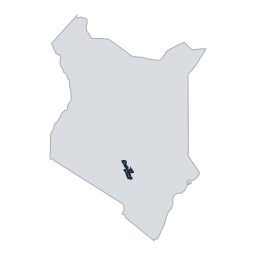 location of Kitui Rural, Eastern, Kenya
{"feature_id": "3690345B8782427737819", "entity_name": "Kitui Rural", "entity_type": "district", "adm_level": 2, "iso_a3": "KEN", "parent_name": "Kenya", "parent_adm1": "Eastern", "projection": "robinson", "projection_center": [37.883, -1.488], "detail": "fine", "context": "in_parent", "style": "filled", "palette": "slate", "viewbox_px": 256, "rotation_deg": 0, "n_neighbors": 0, "source": "geoboundaries", "source_scale": "gbopen_adm2", "svg_char_len": 5693}
<svg xmlns="http://www.w3.org/2000/svg" viewBox="0 0 256 256"><path d="M50.1,159.0L50.1,155.2L50.5,145.6L50.5,137.2L50.9,133.0L52.7,130.3L53.6,128.4L54.2,125.7L55.1,123.5L57.3,121.7L57.7,120.7L60.0,117.7L61.4,113.8L62.5,112.5L63.8,111.3L64.7,110.6L66.2,110.0L67.4,109.6L67.6,109.3L67.7,108.7L67.3,106.3L67.8,105.5L68.6,103.9L69.6,102.4L70.4,101.5L70.9,100.5L71.1,98.8L71.1,97.6L71.1,95.7L70.9,91.2L69.9,87.5L69.3,83.4L69.7,82.0L69.0,79.6L68.6,79.4L67.9,78.9L67.1,76.6L66.5,74.5L66.2,74.0L63.6,72.2L62.3,67.8L60.8,66.9L60.0,62.6L59.9,61.4L60.7,57.1L60.6,56.1L59.7,55.2L57.3,54.3L55.3,52.5L55.5,51.9L55.7,51.2L54.6,50.8L51.6,43.5L55.5,39.1L59.5,34.6L64.6,29.0L69.2,23.8L73.3,19.4L76.9,15.4L76.8,16.1L76.8,17.1L77.2,17.8L78.0,18.2L79.0,17.7L79.9,17.1L80.8,17.0L86.2,18.6L87.1,20.1L87.0,21.6L87.2,22.8L86.8,23.9L86.4,27.3L86.5,30.5L88.1,32.8L89.5,34.7L90.7,37.2L91.5,38.0L92.7,38.4L96.4,38.5L101.9,38.7L107.2,38.9L107.7,38.9L108.8,39.3L113.6,42.7L118.1,45.9L121.9,48.7L125.5,51.4L129.1,54.0L131.8,56.1L134.5,56.8L139.0,57.1L142.0,57.2L144.8,58.1L149.0,59.0L152.2,59.4L154.1,59.9L159.3,60.4L160.2,60.1L162.5,57.7L165.1,53.8L166.1,51.7L169.5,49.5L175.3,46.5L179.5,44.4L184.1,42.3L186.2,44.2L189.1,47.1L190.4,48.5L191.4,49.2L193.0,49.6L194.9,49.6L196.0,49.6L198.1,49.2L203.1,48.8L205.9,48.9L203.6,52.8L200.7,57.4L195.4,66.0L191.3,70.6L188.3,74.0L188.0,74.6L188.0,78.4L188.1,87.7L188.2,106.4L188.2,125.0L188.3,143.6L188.3,153.0L188.3,156.1L191.0,160.0L193.6,163.8L197.1,168.9L198.9,171.6L199.2,172.5L199.1,174.3L196.3,178.1L194.0,179.9L190.8,180.7L189.9,180.5L188.6,180.0L188.2,180.9L187.8,182.3L187.1,182.0L186.6,181.6L186.9,184.1L187.2,185.4L186.7,187.1L185.2,188.5L185.1,189.8L181.8,193.0L177.1,193.4L174.6,195.0L173.5,196.3L172.7,199.2L173.0,203.6L171.7,207.0L171.4,208.7L169.0,211.0L168.0,213.0L167.2,215.1L166.5,216.0L165.6,220.6L164.5,223.4L164.2,224.3L163.9,225.2L163.1,226.8L162.5,228.0L162.1,228.7L159.2,235.9L157.0,239.2L155.3,238.8L154.1,240.0L154.0,240.6L153.4,240.3L151.9,239.1L148.9,236.7L145.9,234.2L142.9,231.8L139.9,229.3L136.9,226.9L133.9,224.4L130.9,222.0L127.9,219.6L126.2,218.1L125.4,217.3L124.8,215.6L124.5,215.2L123.7,214.6L122.8,214.5L122.5,214.2L122.5,213.4L122.8,212.2L123.9,210.0L124.1,208.7L123.8,207.2L123.5,204.8L123.2,204.2L121.2,203.0L117.0,200.3L112.9,197.7L108.7,195.1L104.6,192.4L100.4,189.8L96.2,187.2L92.1,184.5L87.9,181.9L83.7,179.3L79.6,176.6L75.4,174.0L71.2,171.4L67.1,168.7L62.9,166.1L58.7,163.5L54.6,160.8L53.0,159.8L51.6,159.0L50.1,159.0ZM188.6,184.6L187.9,184.8L188.3,183.5L190.4,181.9L191.3,182.3L191.4,182.6L191.4,183.0L191.0,183.3L188.6,184.6Z" fill="#d9dde1" stroke="#a8b0b8" stroke-width="1"/><path d="M127.6,166.9L127.4,166.9L127.5,166.8L127.4,166.7L127.1,166.8L126.8,166.8L126.8,166.6L126.6,166.0L126.2,165.5L126.1,165.3L125.9,165.1L125.8,164.8L125.8,164.5L125.8,163.2L125.7,163.0L125.7,162.9L125.8,162.8L125.7,162.6L125.8,162.5L125.8,162.3L125.8,162.2L126.1,161.9L126.1,161.7L124.9,160.7L122.2,160.9L122.3,161.9L122.4,162.0L122.5,162.1L122.8,162.3L123.0,162.5L123.2,163.0L123.3,163.1L123.3,163.3L123.4,163.5L123.5,163.6L123.6,163.8L123.8,164.0L124.0,164.1L124.1,164.3L124.1,164.5L124.2,164.8L124.3,165.0L124.5,165.3L124.6,165.6L124.7,165.9L124.8,165.9L124.8,166.0L124.9,166.4L124.9,166.5L125.0,166.5L125.2,166.8L125.3,166.9L125.5,166.8L125.8,166.9L125.9,167.2L126.0,167.3L126.2,167.5L126.3,167.7L126.3,167.9L126.4,168.2L126.4,168.3L126.5,168.4L126.5,168.5L126.6,168.8L126.4,168.9L126.2,169.0L126.0,169.3L125.9,169.4L125.8,169.5L125.7,169.7L125.5,169.8L124.9,169.9L124.6,169.9L124.4,169.8L124.2,170.0L124.3,170.2L124.6,170.2L124.7,170.5L124.8,170.6L125.0,171.0L125.3,171.2L125.3,171.4L125.3,171.5L125.5,171.7L125.6,171.8L125.8,172.0L125.9,172.3L125.9,172.5L126.0,172.5L126.1,172.8L126.3,173.0L126.3,173.3L126.4,173.5L126.5,173.6L126.7,173.8L126.6,174.0L126.8,174.0L127.0,174.2L127.0,174.3L126.9,174.7L127.1,174.7L127.1,175.0L127.3,175.3L127.3,175.5L127.3,175.8L127.2,176.0L127.1,175.9L127.0,176.0L127.2,176.6L127.6,177.0L127.8,177.4L128.0,177.5L127.9,177.6L127.9,177.8L128.0,178.0L128.2,178.4L128.5,178.3L128.8,178.3L129.0,178.3L129.3,178.3L129.4,178.6L129.7,178.7L129.9,178.8L130.1,178.8L130.2,178.7L130.3,178.6L130.6,178.7L130.8,178.7L131.0,178.8L131.1,178.6L131.3,178.6L131.6,178.6L131.7,178.4L131.4,178.3L131.3,178.2L131.2,178.0L131.2,177.9L131.2,178.0L131.1,177.9L130.9,177.7L131.0,177.6L130.9,177.6L130.8,177.4L130.8,177.5L130.7,177.5L130.7,177.4L130.5,177.2L130.5,176.9L130.4,176.8L130.4,176.6L130.2,176.5L130.3,176.4L130.2,176.2L130.3,175.9L130.2,175.8L130.1,175.7L130.3,175.5L130.3,175.3L130.3,175.2L130.1,175.2L129.9,175.1L129.9,174.9L129.7,174.9L129.7,174.7L129.6,174.4L129.5,174.5L129.5,174.4L129.4,174.2L129.2,174.1L129.3,173.8L129.4,173.6L129.6,173.3L129.6,173.2L129.8,173.0L129.9,172.9L130.1,172.7L130.5,172.6L130.9,172.5L131.1,172.5L131.3,172.6L131.8,172.5L132.0,172.4L133.1,172.3L133.1,172.2L133.0,171.6L132.9,171.6L132.7,171.5L132.6,171.4L132.6,171.2L132.5,170.9L132.4,170.8L132.3,170.6L132.2,170.4L131.9,170.1L131.7,169.8L131.6,169.7L131.4,169.3L131.1,169.0L130.9,168.7L130.9,168.8L130.9,169.0L130.8,169.4L130.8,169.6L130.7,169.9L130.7,170.0L130.1,169.8L130.0,169.7L129.9,169.6L129.7,169.8L129.6,170.0L129.4,170.2L129.5,170.3L129.4,170.4L129.5,170.6L129.6,170.8L129.6,171.1L129.4,171.3L129.3,171.6L129.2,171.5L129.1,171.8L129.1,172.0L129.2,172.3L129.2,172.5L127.9,172.6L127.9,172.4L127.9,172.2L127.8,171.9L127.8,171.7L127.8,171.3L127.8,171.2L127.9,170.9L127.9,170.7L128.0,170.6L128.2,170.4L128.1,170.2L127.9,170.1L127.9,169.9L127.9,169.7L127.8,169.3L127.8,169.2L127.8,168.9L127.8,168.7L127.8,168.4L127.8,168.0L127.8,167.8L127.7,167.7L127.6,167.4L127.6,167.2L127.6,166.9Z" fill="#64748b" stroke="#1e293b" stroke-width="1.5"/></svg>